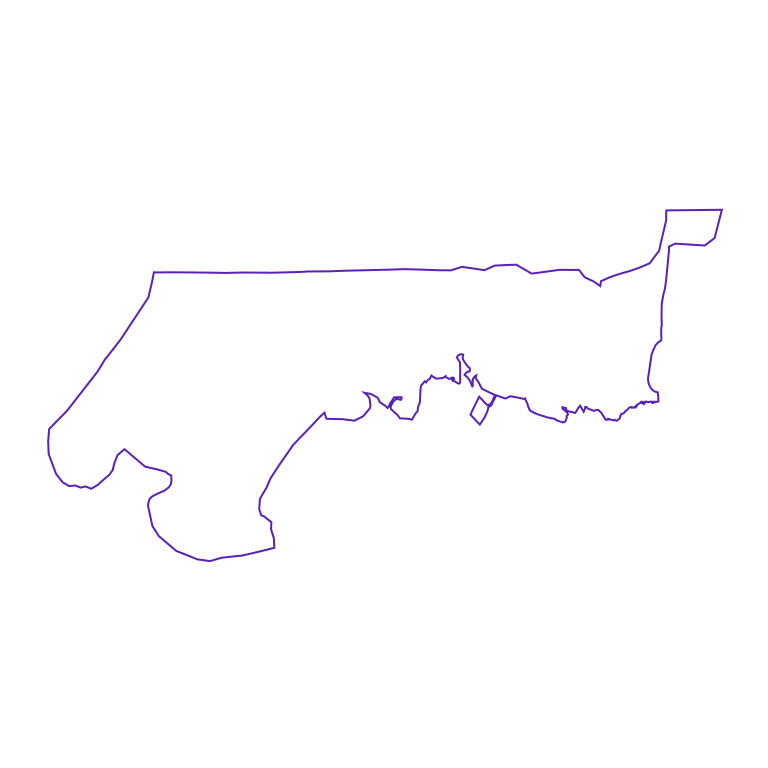 Eti Osa, Lagos, Nigeria (Equal Earth projection), rotated 181°
{"feature_id": "59680162B38204256572023", "entity_name": "Eti Osa", "entity_type": "district", "adm_level": 2, "iso_a3": "NGA", "parent_name": "Nigeria", "parent_adm1": "Lagos", "projection": "equal_earth", "projection_center": [3.482, 6.457], "detail": "fine", "context": "isolated", "style": "outline", "palette": "violet", "viewbox_px": 768, "rotation_deg": 181, "n_neighbors": 0, "source": "geoboundaries", "source_scale": "gbopen_adm2", "svg_char_len": 5562}
<svg xmlns="http://www.w3.org/2000/svg" viewBox="0 0 768 768"><g transform="rotate(181 384 384)"><path d="M107.7,438.6L107.8,445.2L107.3,447.4L107.6,454.2L107.7,459.0L107.7,469.3L107.2,472.1L106.1,479.0L104.9,483.7L104.4,487.0L103.7,493.2L103.2,500.1L102.4,509.5L102.2,512.3L101.3,523.5L101.5,526.4L95.3,529.4L65.6,528.1L56.0,535.7L49.2,564.1L104.8,562.5L104.8,555.7L104.7,552.9L105.2,550.5L107.1,541.7L109.5,530.6L111.3,521.9L112.6,520.2L118.0,512.8L120.6,509.2L123.9,507.8L128.6,505.7L130.7,504.8L136.9,502.4L143.0,500.4L149.7,498.4L155.0,496.6L161.0,494.3L165.5,492.1L168.8,490.7L169.5,485.7L176.7,490.5L177.5,490.8L179.2,491.5L185.3,494.3L190.0,500.2L191.1,501.5L197.8,501.3L206.2,501.3L210.7,501.2L221.4,499.5L230.1,498.2L231.7,497.9L238.4,497.0L253.9,505.6L261.8,505.2L275.4,504.3L285.6,499.5L292.3,500.5L308.1,502.5L319.0,498.8L320.9,498.8L331.6,498.7L346.3,499.0L365.2,499.2L371.5,498.9L380.9,498.4L424.6,496.6L440.2,495.7L462.0,495.2L468.9,494.6L486.6,493.8L498.3,493.3L526.9,493.0L543.8,492.3L559.1,492.3L589.0,492.1L615.1,491.6L616.0,491.7L617.7,482.1L621.1,466.4L648.1,423.9L655.2,414.4L663.5,403.6L670.7,391.3L700.4,351.8L718.0,333.2L718.8,320.6L718.0,307.9L710.3,288.4L703.5,280.0L700.0,278.1L697.1,276.4L690.9,277.1L685.5,275.1L680.7,276.3L674.8,274.2L668.6,278.0L661.6,284.5L657.3,288.1L653.7,293.3L652.4,299.6L649.2,308.2L642.4,314.3L624.7,299.9L621.4,297.2L608.7,294.5L600.8,292.4L597.9,290.0L595.1,288.8L595.1,287.3L594.8,283.8L595.4,280.1L597.1,277.2L601.6,273.6L609.5,269.9L613.5,267.8L616.5,264.8L617.7,260.1L617.7,257.5L613.1,238.0L606.5,228.0L588.8,213.5L567.5,205.4L560.6,204.6L554.9,203.9L543.1,207.5L532.2,208.9L522.7,210.0L503.4,214.9L490.8,218.3L491.4,227.7L494.4,236.8L494.2,243.9L502.1,249.8L504.5,250.6L506.6,256.7L506.0,267.1L499.6,278.5L495.7,287.9L486.9,301.9L477.2,316.3L474.4,320.7L467.4,328.5L458.7,337.7L447.6,350.0L445.3,352.3L443.0,354.2L441.5,349.6L440.7,348.2L424.6,348.1L413.0,346.8L404.6,351.2L402.9,353.0L397.6,359.6L397.2,362.3L398.1,368.7L399.1,370.9L401.1,373.0L403.4,374.9L396.9,373.8L390.1,370.2L387.8,365.7L386.0,364.7L384.4,363.3L382.8,362.6L380.0,360.0L378.7,362.0L377.5,364.8L375.1,368.4L373.8,370.8L368.6,371.1L366.3,371.1L366.2,369.7L366.8,368.5L368.6,368.8L371.7,369.2L374.5,366.4L375.8,364.0L377.1,360.8L376.4,358.9L373.7,356.4L370.0,353.3L367.4,349.9L359.3,349.7L355.5,348.8L352.3,354.5L349.8,357.7L349.8,359.6L349.2,362.8L347.8,366.2L347.5,377.9L347.0,382.8L343.3,387.4L342.0,386.3L340.0,389.0L338.5,389.8L337.0,392.6L336.7,393.3L334.6,391.7L333.6,391.5L332.7,390.4L330.6,390.4L325.3,391.0L322.5,392.9L322.3,391.9L319.1,390.3L317.7,390.4L316.8,391.2L315.7,391.7L314.7,391.5L314.2,390.8L314.1,390.2L315.2,390.1L316.0,389.8L315.7,388.9L315.0,388.2L313.4,388.0L311.8,386.9L309.6,385.7L308.5,385.9L308.0,386.8L308.0,388.5L307.7,389.8L308.2,391.5L308.0,393.8L308.1,400.9L308.5,407.1L311.7,411.9L310.4,413.9L308.3,415.0L306.6,415.1L305.4,414.7L305.8,412.3L305.5,410.2L304.6,408.6L302.0,404.8L300.0,402.4L299.1,402.0L298.5,401.1L298.3,399.8L298.5,398.6L299.2,397.7L300.4,397.8L301.6,397.1L302.7,395.9L303.6,394.5L300.8,392.2L298.7,389.6L297.2,386.9L296.4,384.8L296.1,383.7L295.7,383.2L295.2,383.8L295.4,387.7L295.3,390.3L294.4,392.0L293.3,393.3L292.0,394.2L292.2,393.1L292.4,391.4L289.4,387.2L286.0,380.9L273.0,374.9L273.2,373.6L274.3,371.7L275.3,369.0L276.5,366.8L277.4,365.6L280.3,364.5L288.6,373.0L294.7,360.1L295.8,357.7L296.4,355.9L297.0,354.8L287.5,345.1L283.1,351.8L280.5,357.7L279.5,360.8L279.5,362.1L278.3,363.3L276.5,364.5L271.6,374.7L267.5,373.2L262.3,371.6L257.5,374.0L249.6,372.7L243.7,371.5L242.6,372.0L242.4,371.1L240.4,366.9L239.7,365.3L239.8,364.5L238.7,362.5L238.1,360.7L237.1,360.2L236.8,359.3L234.8,358.8L234.1,358.0L232.7,357.6L230.2,356.5L225.9,355.2L220.2,353.5L215.6,352.6L212.7,352.1L210.5,350.6L207.9,349.8L205.0,348.9L204.5,348.7L204.1,349.0L203.1,348.9L201.9,350.0L201.4,351.6L200.8,353.1L200.7,354.0L200.8,355.3L199.5,356.7L200.1,358.2L201.4,359.6L203.5,361.3L204.3,361.8L205.1,362.6L205.2,363.8L201.7,363.2L201.6,362.1L200.8,360.6L196.5,359.2L195.8,359.5L194.9,359.0L192.3,358.4L191.2,360.1L189.5,363.2L187.5,365.7L183.9,359.7L182.6,362.8L182.4,364.5L181.1,364.5L179.8,363.0L173.6,360.8L171.8,361.6L169.5,361.9L166.6,359.4L164.4,356.1L162.5,353.6L162.5,352.8L160.9,352.0L160.2,352.3L159.3,352.3L159.3,353.1L153.7,351.6L152.8,352.2L152.0,351.8L150.8,351.3L149.2,352.3L147.5,354.2L147.4,355.0L147.1,356.2L147.0,356.5L146.5,357.5L145.9,358.4L144.8,358.4L143.4,359.4L142.4,360.8L141.0,361.9L140.6,362.4L140.2,362.6L139.1,363.7L138.5,364.6L137.6,365.1L136.5,365.1L135.9,365.2L135.7,364.6L134.5,364.7L133.6,365.1L133.4,364.9L132.9,364.8L132.7,365.2L132.3,365.8L131.9,365.3L131.4,365.7L130.9,366.3L131.1,366.9L130.3,367.8L129.4,368.4L127.7,369.5L126.4,370.2L126.5,370.7L125.9,370.9L125.5,370.5L125.4,369.9L125.4,369.1L124.7,368.9L124.4,369.5L124.3,370.1L123.8,370.4L123.8,369.7L123.5,368.8L123.1,369.2L122.9,370.1L122.3,370.3L121.9,370.7L121.4,371.1L121.0,370.8L120.4,370.6L118.1,370.6L117.8,370.9L116.1,371.0L116.1,370.6L115.6,370.1L115.3,369.6L114.9,369.6L114.9,370.0L114.6,370.4L114.3,370.9L114.0,370.9L113.7,370.6L113.5,370.9L113.0,371.0L112.9,370.7L112.5,370.5L112.3,370.9L110.1,371.0L109.3,371.6L109.3,372.7L109.5,374.1L109.6,376.6L109.9,378.1L109.9,379.1L110.1,379.7L110.2,380.5L111.8,380.8L113.7,381.5L115.2,382.5L117.0,384.4L118.7,387.3L119.4,389.3L120.0,391.9L120.1,394.7L119.2,401.1L118.3,408.1L117.5,414.2L117.1,417.7L116.3,420.2L115.1,423.3L113.1,427.6L110.1,430.9L108.0,431.9L107.8,432.3L107.4,434.1L107.7,438.6Z" fill="none" stroke="#5b21b6" stroke-width="2"/></g></svg>